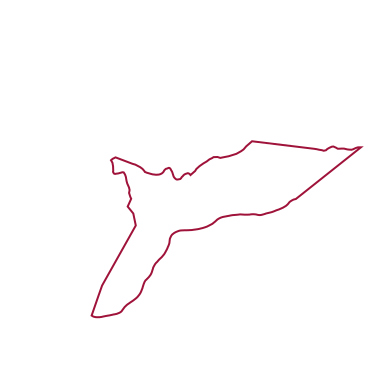 outline of Paix Bouche, Micoud, Saint Lucia, rotated 139°
{"feature_id": "8701671B34451908876457", "entity_name": "Paix Bouche", "entity_type": "district", "adm_level": 2, "iso_a3": "LCA", "parent_name": "Saint Lucia", "parent_adm1": "Micoud", "projection": "albers", "projection_center": [-60.94, 13.815], "detail": "fine", "context": "isolated", "style": "outline", "palette": "rose", "viewbox_px": 384, "rotation_deg": 139, "n_neighbors": 0, "source": "geoboundaries", "source_scale": "gbopen_adm2", "svg_char_len": 4114}
<svg xmlns="http://www.w3.org/2000/svg" viewBox="0 0 384 384"><g transform="rotate(139 192 192)"><path d="M232.3,269.1L232.4,268.5L232.8,266.6L232.9,266.2L234.7,263.2L237.6,259.6L238.4,259.0L238.6,258.2L238.8,257.2L238.2,256.1L236.8,255.3L235.5,254.4L232.5,253.0L231.6,252.6L230.7,251.6L231.0,249.6L231.2,248.8L232.0,246.8L234.2,243.2L235.3,240.9L236.0,238.6L236.7,236.4L237.0,236.0L237.7,234.6L238.3,234.0L240.1,232.6L241.1,230.3L241.9,228.4L242.3,226.8L250.1,223.2L250.4,214.3L256.4,203.6L321.2,180.4L330.9,174.9L348.8,164.6L348.5,163.7L348.3,163.0L348.0,162.4L347.7,162.0L347.6,161.8L346.6,160.5L345.5,159.5L344.1,158.3L342.3,157.1L340.6,156.2L337.8,154.6L335.2,153.0L333.2,151.9L331.3,150.9L330.9,150.6L329.1,149.6L328.2,149.2L327.5,149.0L326.2,148.5L324.7,148.2L323.4,148.2L322.9,148.3L322.2,148.5L320.4,148.9L318.2,149.4L317.2,149.4L316.2,149.5L315.1,149.5L314.6,149.5L313.0,149.3L310.9,149.1L307.8,148.7L304.6,148.5L302.7,148.5L301.7,148.6L300.6,148.8L298.9,149.1L297.3,149.6L297.0,149.7L295.6,150.3L294.7,150.8L294.1,151.1L292.7,151.8L291.5,152.6L290.2,153.4L288.7,154.3L287.3,155.0L286.7,155.3L285.1,155.8L283.6,155.8L283.1,155.9L282.7,155.9L280.3,156.1L279.8,156.2L279.0,156.4L277.9,156.6L277.0,156.9L276.0,157.3L275.4,157.6L274.5,158.1L273.4,158.8L272.4,159.4L272.0,159.6L270.9,160.4L269.9,160.8L269.1,161.1L268.5,161.3L267.5,161.7L265.5,162.1L264.4,162.1L262.4,162.4L261.8,162.5L260.7,162.6L257.6,162.7L253.9,163.3L253.5,163.4L251.7,164.0L250.7,164.4L250.1,164.6L247.8,165.5L247.1,165.9L246.3,166.3L245.6,166.6L244.2,167.3L243.7,167.6L242.7,168.2L241.7,169.1L241.5,169.3L240.4,170.3L239.5,171.1L239.2,171.3L237.5,172.1L236.3,172.6L234.9,172.9L233.3,172.8L232.7,172.8L231.7,172.6L230.9,172.5L229.7,172.1L229.4,172.0L228.7,171.8L228.3,171.6L227.5,171.3L226.4,170.8L225.8,170.4L224.1,169.1L222.5,167.8L220.6,166.2L218.6,164.6L218.2,164.3L217.5,163.7L215.8,162.6L214.4,161.7L214.0,161.4L213.3,161.0L212.6,160.5L210.9,159.5L210.5,159.3L209.1,158.6L207.4,157.7L206.2,157.2L205.5,156.9L204.5,156.5L203.5,156.1L201.6,155.6L197.4,154.6L196.3,154.6L194.1,154.5L190.9,154.6L188.6,154.2L186.9,153.7L186.5,153.5L185.7,153.2L184.7,152.7L183.0,151.7L182.5,151.4L181.1,150.6L180.6,150.3L179.8,149.8L178.3,149.0L177.0,148.2L176.8,148.1L175.7,147.3L175.5,147.1L174.9,146.7L173.4,145.6L172.0,144.6L171.2,144.1L170.5,143.6L169.6,142.8L168.2,141.4L167.7,140.9L167.2,140.4L166.5,139.8L165.9,139.3L164.8,138.3L163.7,137.5L163.4,137.2L162.2,136.5L160.5,135.2L159.4,134.1L158.9,133.6L158.3,132.9L157.3,131.5L156.5,130.6L155.2,129.5L154.3,129.0L152.2,128.0L151.3,127.6L150.0,127.1L147.0,125.5L145.8,124.9L144.8,124.4L143.2,123.8L142.1,123.4L140.5,122.9L138.8,122.2L138.1,121.9L135.9,121.2L133.6,120.5L131.4,120.1L130.3,119.9L128.2,119.9L127.3,120.0L126.7,120.1L125.3,120.4L124.3,120.4L122.5,120.2L121.8,120.0L120.9,119.8L120.4,119.7L118.6,118.8L118.3,118.6L105.2,118.0L35.2,114.9L37.4,116.8L39.4,117.7L42.5,118.6L44.0,119.3L44.5,119.9L45.4,120.7L46.8,122.2L48.8,125.0L50.6,126.6L52.9,128.4L53.7,129.2L54.1,130.6L55.4,133.5L56.6,134.4L59.2,135.2L61.7,135.7L63.4,135.6L64.8,136.3L65.6,136.8L66.5,138.3L68.5,140.7L69.8,142.5L71.5,144.5L113.4,190.9L121.1,190.9L125.1,190.3L128.3,190.6L133.5,191.7L140.8,194.9L148.3,199.2L149.8,201.7L152.9,204.2L154.6,204.4L157.4,205.2L160.9,205.4L164.6,206.1L169.4,206.6L173.7,206.5L175.8,205.8L182.0,205.8L181.9,206.7L182.1,207.6L182.5,208.5L182.9,209.0L183.9,209.4L184.8,209.8L186.2,210.2L187.5,210.2L188.7,210.0L189.8,210.0L191.2,209.6L192.3,209.5L193.4,210.1L194.9,211.0L195.5,211.7L195.7,212.3L195.9,213.9L195.8,215.3L195.6,216.0L195.1,217.1L194.7,218.1L194.2,219.2L193.7,220.5L193.5,221.8L193.1,223.5L193.1,224.4L193.3,225.0L193.6,225.4L194.3,225.7L195.3,226.0L196.5,226.6L197.7,226.6L198.8,226.5L199.8,226.1L200.4,225.9L201.5,225.8L202.5,225.8L203.2,226.0L204.1,226.2L205.6,226.9L206.2,227.4L207.1,228.0L208.0,228.8L209.1,230.0L210.1,231.1L210.8,232.1L211.6,233.3L211.7,233.5L212.8,235.2L213.4,236.1L214.4,238.1L214.2,239.1L214.2,240.9L214.2,241.9L214.5,243.3L214.8,244.7L216.8,249.8L218.4,252.3L227.0,268.3L230.2,269.1L232.3,269.1Z" fill="none" stroke="#9f1239" stroke-width="2"/></g></svg>